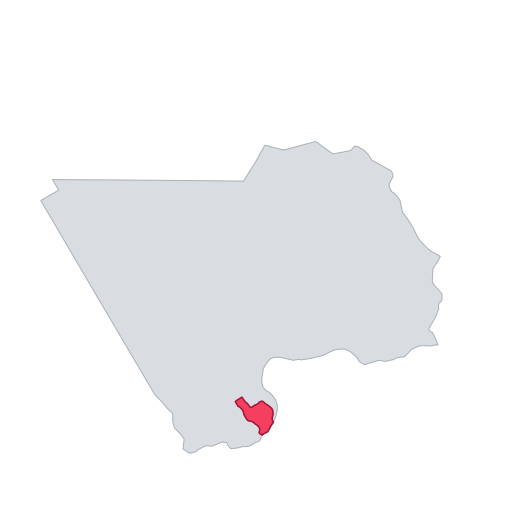 Al Marj highlighted on a map of Libya, rotated 150°
{"feature_id": "LBY-2981", "entity_name": "Al Marj", "entity_type": "Municipality", "adm_level": 1, "iso_a3": "LBY", "parent_name": "Libya", "parent_adm1": "", "projection": "natural_earth1", "projection_center": [21.128, 31.907], "detail": "fine", "context": "in_parent", "style": "filled", "palette": "rose", "viewbox_px": 512, "rotation_deg": 150, "n_neighbors": 0, "source": "natural_earth", "source_scale": "10m", "svg_char_len": 3920}
<svg xmlns="http://www.w3.org/2000/svg" viewBox="0 0 512 512"><g transform="rotate(150 256 256)"><path d="M101.0,160.6L103.4,159.3L106.9,157.8L108.7,156.7L109.4,155.8L112.1,152.0L113.5,149.8L115.4,147.0L116.3,145.0L116.3,143.1L116.1,140.9L114.9,135.5L113.9,130.3L114.8,128.2L115.6,127.3L117.2,124.8L117.9,124.3L121.3,123.6L122.7,121.9L123.8,119.9L124.1,118.8L125.6,117.7L127.4,116.6L128.6,115.1L132.2,112.9L135.5,110.8L139.4,108.6L142.4,106.9L143.0,105.5L143.0,104.2L141.5,101.3L141.6,97.9L141.8,95.1L142.0,93.4L142.8,88.7L142.9,88.1L145.9,89.6L149.0,90.3L158.1,96.0L161.1,96.7L167.6,97.4L175.3,95.1L178.2,94.6L183.2,96.9L185.5,97.5L189.2,97.7L195.6,99.7L197.2,100.4L200.9,103.6L202.6,104.5L215.9,107.5L217.6,109.4L219.4,113.2L219.4,117.8L220.4,121.2L222.0,125.5L223.9,128.6L226.1,131.2L228.6,132.8L234.4,135.2L241.0,136.1L247.7,136.4L259.0,139.6L268.7,143.4L271.0,145.3L275.9,147.1L285.5,156.0L290.8,159.1L294.6,159.7L298.0,159.1L304.0,156.0L306.5,154.2L312.6,146.5L314.6,142.5L315.4,139.7L315.2,136.8L314.4,134.3L312.8,131.6L311.6,128.0L310.9,121.6L311.9,117.1L313.0,114.4L314.8,111.7L319.8,106.5L324.9,102.9L333.7,98.1L338.8,98.0L340.9,97.5L345.2,94.1L346.9,94.0L349.2,94.8L356.2,94.6L359.2,95.5L362.9,97.6L367.5,98.9L370.8,100.2L374.3,101.9L375.1,106.1L374.7,107.3L374.6,109.0L378.2,111.8L388.5,113.2L390.5,114.0L393.3,116.2L395.2,116.9L402.2,117.2L406.3,116.7L410.2,117.5L411.6,118.2L413.2,120.0L415.0,124.2L415.7,125.6L415.0,126.3L413.9,127.7L413.2,129.0L411.4,131.1L409.8,133.4L410.0,136.8L410.4,140.1L411.5,143.4L412.4,147.1L412.2,149.5L411.4,152.5L410.5,155.0L407.5,160.0L407.1,161.3L407.3,163.0L409.2,169.0L409.3,170.9L410.5,176.8L411.6,181.5L412.7,185.3L412.9,186.3L413.0,191.8L413.0,197.3L413.1,202.8L413.1,208.3L413.2,213.9L413.2,219.4L413.3,224.9L413.3,230.4L413.4,235.9L413.4,241.4L413.5,246.9L413.5,252.5L413.5,258.0L413.6,263.5L413.6,269.0L413.7,274.5L413.7,280.0L413.8,285.5L413.8,291.0L413.9,296.6L413.9,302.1L413.9,307.6L414.0,313.1L414.0,318.6L414.1,324.1L414.1,329.6L414.1,335.1L414.2,340.6L414.2,346.1L414.3,351.7L414.3,357.2L414.3,362.7L414.4,374.9L414.5,387.1L414.6,399.3L414.7,411.5L414.4,411.7L409.3,411.7L404.2,411.7L399.1,411.7L394.0,411.7L394.0,414.7L394.0,417.8L394.0,420.9L394.0,423.9L384.1,418.1L374.2,412.3L364.3,406.5L354.3,400.7L344.4,394.9L334.5,389.1L324.7,383.3L314.8,377.5L304.9,371.7L295.1,365.9L285.2,360.1L275.4,354.3L265.6,348.5L255.8,342.7L245.9,336.9L236.2,331.1L229.4,327.1L222.0,331.0L216.3,334.1L208.6,338.1L199.9,343.4L193.1,347.4L192.8,347.4L192.5,347.3L185.7,340.4L180.3,335.1L177.9,333.6L167.7,330.9L157.6,328.2L147.0,325.3L145.1,321.0L143.0,316.1L140.2,310.1L138.5,306.4L137.9,305.8L129.8,302.9L121.2,300.0L116.1,301.7L115.2,301.6L113.8,300.5L112.4,299.0L111.7,296.9L109.7,294.1L108.0,287.7L107.9,282.6L107.6,280.8L103.3,273.6L99.4,267.1L96.8,262.8L96.3,260.8L96.7,258.4L97.8,256.2L101.8,253.7L105.4,250.9L106.0,248.9L106.3,243.6L105.2,241.9L104.4,238.8L103.7,234.5L103.6,231.7L105.4,226.3L107.3,220.6L106.3,214.3L105.8,201.6L106.6,191.6L106.3,187.9L106.0,186.4L104.9,181.7L103.6,176.8L103.0,175.1L101.2,171.2L98.2,166.4L96.7,163.4L99.0,161.8L101.0,160.6Z" fill="#d9dde1" stroke="#a8b0b8" stroke-width="1"/><path d="M324.0,103.3L328.4,101.3L331.1,99.4L333.5,98.1L334.4,97.9L338.2,98.2L339.1,98.1L339.6,97.9L339.6,98.1L339.8,98.1L340.0,98.0L340.2,97.9L340.3,98.2L341.6,100.0L341.7,101.5L340.2,103.1L339.1,104.5L339.1,106.6L339.7,109.1L341.0,111.5L341.7,113.9L343.0,115.4L345.1,117.1L345.7,119.4L345.8,122.7L345.7,125.1L344.9,127.2L344.8,130.0L345.6,133.0L346.1,134.1L346.7,134.7L346.8,140.0L345.6,140.6L340.4,140.8L338.8,140.8L338.2,134.9L337.3,132.9L336.9,130.4L336.8,128.4L335.4,127.0L334.3,127.3L331.9,127.5L329.3,127.1L327.7,127.2L326.1,127.9L323.4,127.4L322.5,126.1L321.7,123.5L320.7,121.6L319.4,118.8L318.6,116.2L318.6,114.4L319.6,111.7L321.0,109.6L322.8,107.9L323.7,106.4L324.0,103.7L324.0,103.3Z" fill="#f43f5e" stroke="#9f1239" stroke-width="1.5"/></g></svg>